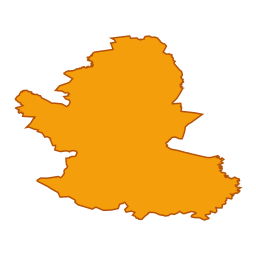 Taurupes pag., Ogre, Latvia
{"feature_id": "27541924B63996115519048", "entity_name": "Taurupes pag.", "entity_type": "district", "adm_level": 2, "iso_a3": "LVA", "parent_name": "Latvia", "parent_adm1": "Ogre", "projection": "natural_earth1", "projection_center": [25.305, 56.909], "detail": "fine", "context": "isolated", "style": "filled", "palette": "amber", "viewbox_px": 256, "rotation_deg": 0, "n_neighbors": 0, "source": "geoboundaries", "source_scale": "gbopen_adm2", "svg_char_len": 5706}
<svg xmlns="http://www.w3.org/2000/svg" viewBox="0 0 256 256"><path d="M20.8,92.0L20.7,92.7L19.9,93.4L19.2,94.8L19.3,95.3L17.3,96.4L15.4,98.9L15.8,99.9L17.4,101.0L17.6,101.5L20.9,103.3L20.5,104.0L23.0,105.5L20.0,106.8L16.0,107.7L15.7,108.2L19.3,110.0L18.4,110.8L18.3,112.1L18.9,112.3L18.8,112.8L19.7,113.1L20.3,112.4L21.7,112.3L21.8,113.1L23.2,113.3L22.7,116.3L34.9,117.0L34.4,118.3L33.7,118.2L30.7,123.2L26.2,127.5L28.9,127.0L33.3,128.9L38.2,130.0L37.4,131.4L42.0,132.9L43.2,134.4L44.8,137.2L47.1,136.6L50.3,138.2L49.9,138.6L52.8,145.6L55.5,145.4L55.5,147.3L54.7,149.9L54.9,150.0L60.6,151.6L64.3,151.0L67.4,150.9L69.4,151.9L70.8,151.0L73.0,150.6L75.7,151.1L76.8,151.9L77.0,152.4L76.7,152.9L76.9,153.4L76.2,154.5L76.4,155.0L75.3,156.2L74.2,156.5L71.8,156.4L70.8,157.0L69.8,157.1L69.2,158.0L66.0,158.2L66.1,161.3L66.6,165.0L67.6,166.2L66.6,168.3L65.5,168.8L64.3,170.0L64.0,171.3L64.3,172.4L63.9,174.1L62.0,176.6L60.6,177.7L58.3,176.5L47.4,178.2L40.5,178.1L37.1,180.3L37.3,181.1L48.4,186.8L50.8,188.5L58.1,192.6L60.1,197.1L68.8,196.6L74.4,199.6L75.5,200.8L74.9,202.1L78.1,204.8L92.4,209.1L95.8,207.1L103.4,210.3L111.3,210.0L118.2,208.5L119.5,204.4L122.6,203.3L122.9,203.5L124.2,202.4L124.7,202.3L128.0,206.4L124.8,209.5L125.8,211.8L126.2,212.1L131.5,211.1L134.9,212.4L132.5,215.2L135.5,216.4L136.2,218.1L138.1,218.2L138.7,219.2L141.8,219.4L144.9,216.2L148.5,213.4L148.3,213.1L149.1,212.3L154.8,212.6L159.7,214.8L162.3,215.2L162.8,215.0L164.9,216.0L168.6,215.5L170.3,214.1L171.1,213.9L174.3,214.4L177.8,212.8L179.6,211.4L182.7,213.4L184.0,213.7L191.6,211.5L194.6,212.1L195.4,212.4L196.1,213.2L195.7,213.7L194.0,214.0L192.1,215.1L191.3,216.2L191.3,216.6L191.8,217.1L195.6,217.7L199.2,217.6L204.3,220.0L208.9,218.5L208.6,217.9L205.5,215.8L205.5,214.8L209.1,214.3L210.1,213.8L210.6,213.2L210.1,211.5L210.7,211.1L213.1,212.3L215.2,212.8L215.7,212.5L216.7,211.4L216.8,210.8L216.4,208.6L215.7,207.8L215.9,207.5L218.7,208.0L222.0,207.8L222.4,205.9L222.2,205.0L223.4,204.3L224.8,204.1L225.8,203.5L225.3,201.4L226.7,200.0L226.5,198.2L227.9,198.1L231.5,198.9L231.9,198.6L231.9,196.8L233.3,195.4L231.7,195.1L230.9,194.2L232.8,194.3L234.4,193.8L235.1,193.1L237.1,193.3L239.0,192.0L239.8,191.1L239.7,190.7L239.2,190.5L238.5,191.0L237.8,190.9L237.3,190.3L237.4,189.8L240.6,187.7L239.1,187.4L238.3,187.9L237.5,187.1L236.1,186.6L235.4,185.3L236.1,184.9L237.3,185.2L237.8,185.0L238.3,184.1L239.0,183.8L238.5,183.4L238.5,183.0L237.6,182.5L237.3,181.0L237.9,180.5L238.8,181.0L239.5,180.9L239.6,180.7L239.2,180.0L239.2,179.1L235.7,177.9L234.8,177.1L231.6,178.8L231.0,178.4L229.4,178.2L228.7,177.2L228.2,177.0L225.7,177.5L225.3,176.9L227.9,176.0L227.9,175.6L224.6,175.7L224.5,175.3L225.5,174.8L225.6,173.4L225.2,173.0L221.5,172.3L219.9,170.8L221.7,170.1L222.2,168.1L221.7,168.0L220.5,168.5L219.7,168.4L219.2,167.0L221.2,166.9L221.9,166.4L219.8,165.1L218.4,164.7L218.9,164.4L219.3,164.7L220.0,164.0L221.7,163.7L223.0,163.0L221.0,161.7L222.4,160.3L223.8,159.4L222.1,158.0L221.4,158.2L221.1,159.2L220.6,159.4L219.8,158.8L219.0,157.5L217.5,157.9L216.3,157.1L216.9,156.8L218.3,157.0L218.9,156.5L217.8,155.7L211.6,157.4L208.5,157.6L205.9,157.3L188.6,153.3L188.5,153.1L185.7,152.6L178.0,150.5L171.1,149.2L168.9,148.0L166.5,146.2L167.4,145.4L166.2,143.9L166.0,142.9L166.6,142.2L167.2,142.3L169.3,140.3L169.3,139.6L170.5,139.3L171.7,137.5L175.5,137.0L179.1,138.7L182.1,138.8L183.3,135.7L184.8,130.6L185.3,126.9L188.1,124.2L191.1,122.5L202.4,114.3L195.1,112.9L181.0,111.3L181.6,107.5L181.0,107.2L180.6,106.3L181.1,106.3L180.7,103.3L172.3,103.8L172.4,102.7L176.9,98.3L181.0,91.7L180.9,91.5L182.6,88.7L182.3,88.2L181.7,88.2L182.4,88.0L181.1,87.6L180.9,87.2L181.5,86.8L180.7,86.7L180.4,86.0L180.8,85.8L180.5,85.3L181.3,84.8L180.5,84.5L181.5,83.7L181.4,83.1L182.1,83.0L183.3,82.1L182.7,81.6L183.1,81.3L182.6,80.8L182.8,80.5L182.6,80.3L182.8,80.0L182.7,79.8L183.0,79.4L181.8,79.0L181.5,78.2L181.0,77.7L181.4,77.3L181.1,77.0L181.1,76.5L182.3,75.4L182.4,74.9L181.5,71.4L179.8,70.2L174.1,63.6L174.0,62.7L175.1,61.4L173.2,60.3L173.1,57.9L172.0,57.2L172.0,56.3L171.3,55.8L171.9,55.0L169.2,53.9L166.6,54.2L163.2,52.1L166.4,46.2L164.8,44.1L162.3,43.2L160.2,41.6L160.1,41.0L157.4,38.0L154.7,37.1L151.7,37.4L149.4,36.1L145.2,36.5L144.2,38.0L144.1,39.0L141.7,39.6L140.9,39.2L140.3,39.9L138.0,39.0L137.0,38.0L130.7,38.3L129.6,36.0L111.3,38.2L114.3,39.7L115.8,42.2L110.6,43.1L111.2,44.1L113.1,49.5L94.7,52.1L93.1,52.9L93.0,53.3L92.3,54.1L92.3,54.9L91.9,54.9L92.1,55.3L91.8,55.3L91.9,55.7L90.8,55.6L90.4,56.5L89.8,56.7L89.6,57.2L88.8,57.2L89.2,57.5L88.5,58.1L87.7,58.0L88.2,58.6L88.0,59.2L88.5,59.4L88.0,59.6L88.5,60.1L88.3,60.3L89.4,60.2L89.3,60.8L90.6,60.8L92.2,61.7L92.4,62.2L91.7,62.3L92.0,62.8L91.2,63.6L91.9,63.9L91.7,64.1L92.1,64.2L92.0,64.5L92.8,64.4L92.6,65.0L93.1,65.2L92.8,65.7L91.7,65.7L92.4,66.4L92.1,66.8L90.3,66.5L89.9,67.0L88.8,67.1L87.7,67.1L87.8,66.5L87.4,66.7L87.7,66.8L87.6,67.4L85.9,68.0L84.5,67.3L84.2,66.7L83.2,67.0L83.2,67.3L82.0,67.2L81.9,67.5L81.1,68.0L81.4,68.5L81.2,68.6L79.4,68.2L78.9,69.0L77.7,69.0L77.4,68.7L75.3,69.6L74.7,70.2L72.8,70.7L71.4,70.7L70.5,71.2L68.9,70.8L66.1,71.7L64.9,72.8L64.0,73.2L64.2,73.9L72.6,78.7L69.1,82.6L59.6,85.8L55.5,90.4L57.3,90.3L57.3,90.7L60.7,90.9L62.3,91.2L65.1,93.0L67.9,92.7L69.4,94.0L68.0,94.9L68.5,95.9L63.9,96.6L65.7,98.9L69.3,100.1L69.9,101.3L70.0,102.8L68.6,105.2L66.6,106.6L61.8,103.9L53.6,103.1L52.0,103.3L48.3,101.1L41.6,97.8L40.4,95.8L38.8,95.5L36.8,94.3L35.7,94.6L33.6,94.3L33.8,94.0L33.6,93.9L32.1,93.9L31.8,93.6L32.1,93.4L32.0,93.0L31.3,92.7L31.6,92.1L31.1,91.8L29.5,91.8L28.8,91.4L28.3,91.7L27.5,90.7L26.8,90.4L26.1,90.3L25.4,90.7L24.1,90.3L23.7,91.0L23.0,90.8L22.5,91.0L22.2,91.4L22.4,91.6L22.2,91.9L21.7,91.5L20.8,92.0Z" fill="#f59e0b" stroke="#b45309" stroke-width="1.5"/></svg>